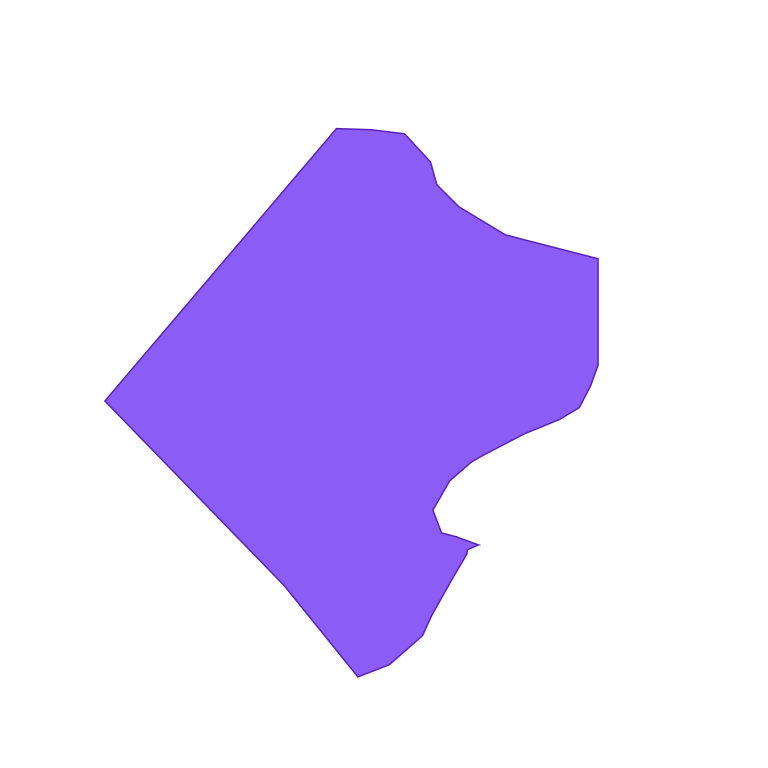 Gereida, Southern Darfur, Sudan (Equal Earth projection), rotated 59°
{"feature_id": "16777658B8719376045507", "entity_name": "Gereida", "entity_type": "district", "adm_level": 2, "iso_a3": "SDN", "parent_name": "Sudan", "parent_adm1": "Southern Darfur", "projection": "equal_earth", "projection_center": [25.542, 11.151], "detail": "fine", "context": "isolated", "style": "filled", "palette": "violet", "viewbox_px": 768, "rotation_deg": 59, "n_neighbors": 0, "source": "geoboundaries", "source_scale": "gbopen_adm2", "svg_char_len": 878}
<svg xmlns="http://www.w3.org/2000/svg" viewBox="0 0 768 768"><g transform="rotate(59 384 384)"><path d="M569.6,392.9L570.5,386.1L570.6,385.8L569.9,386.4L569.3,386.9L555.4,398.2L553.4,399.8L553.0,399.9L551.3,401.6L550.9,402.0L541.2,411.4L521.5,407.8L517.3,407.1L500.9,377.7L495.9,349.7L496.1,336.3L499.0,289.1L504.8,251.8L504.8,228.7L491.7,207.5L478.1,190.8L386.9,136.0L359.2,163.3L331.4,190.7L318.6,203.2L270.6,228.6L240.4,236.1L217.8,229.8L180.2,237.5L159.4,264.1L140.6,293.2L165.6,367.4L173.5,390.6L254.8,632.0L505.2,573.4L620.3,557.4L621.6,557.4L622.4,552.5L622.8,550.2L626.7,527.6L627.4,523.9L626.7,520.3L623.6,502.9L620.8,487.5L619.4,480.4L618.6,479.2L615.6,474.9L607.1,462.5L592.0,436.1L589.7,432.1L589.6,431.9L583.7,421.4L575.3,405.7L574.0,403.6L572.2,400.5L572.0,400.1L568.9,397.9L569.4,394.7L569.6,392.9Z" fill="#8b5cf6" stroke="#5b21b6" stroke-width="1.5"/></g></svg>